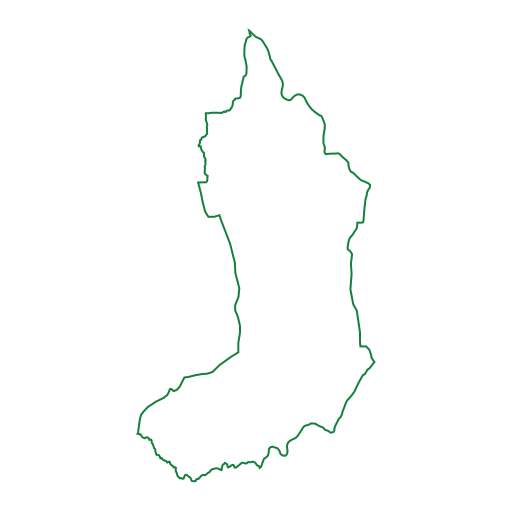 outline of Yaha, Yala, Thailand
{"feature_id": "78962969B93960715397909", "entity_name": "Yaha", "entity_type": "district", "adm_level": 2, "iso_a3": "THA", "parent_name": "Thailand", "parent_adm1": "Yala", "projection": "equal_earth", "projection_center": [101.075, 6.426], "detail": "fine", "context": "isolated", "style": "outline", "palette": "green", "viewbox_px": 512, "rotation_deg": 0, "n_neighbors": 0, "source": "geoboundaries", "source_scale": "gbopen_adm2", "svg_char_len": 6044}
<svg xmlns="http://www.w3.org/2000/svg" viewBox="0 0 512 512"><path d="M374.4,362.0L374.0,361.7L372.9,359.8L371.9,358.5L371.2,356.5L371.4,355.9L369.3,349.7L366.1,346.4L360.4,346.4L360.0,342.0L360.0,332.7L359.4,328.3L356.8,310.7L353.2,304.2L350.4,289.3L351.6,274.0L350.9,263.6L352.1,254.3L350.5,251.5L347.7,249.3L347.7,246.6L348.5,242.0L349.1,239.8L349.7,238.1L352.5,234.8L356.7,228.4L357.2,225.4L357.4,222.6L361.1,222.7L363.1,222.3L363.7,219.3L363.7,217.4L364.5,208.0L364.9,204.9L365.3,200.8L365.7,198.5L366.6,195.8L367.0,192.6L368.3,189.7L369.7,187.9L370.1,185.1L368.4,183.3L363.2,181.0L361.4,180.4L359.9,179.3L352.8,172.5L351.0,172.0L349.4,169.2L348.7,166.7L348.5,164.6L348.4,162.7L346.5,160.4L343.0,157.4L339.3,153.8L337.9,153.3L335.6,153.6L332.6,153.6L327.1,153.9L326.5,154.2L325.9,154.1L324.7,152.8L324.5,150.9L324.9,148.0L324.5,146.1L323.5,143.5L323.4,140.1L323.5,135.7L324.8,127.9L324.8,124.9L324.2,122.4L322.2,117.6L321.4,116.0L319.8,115.4L318.3,114.5L314.4,111.6L311.4,108.9L308.2,104.7L307.3,103.2L306.2,101.3L304.6,97.7L302.5,95.6L300.9,94.9L299.1,94.4L297.7,94.4L296.1,95.0L294.7,95.8L292.7,97.6L291.3,99.4L289.8,100.3L286.9,99.7L284.3,98.3L282.9,96.9L281.9,95.2L281.4,93.1L281.8,89.8L282.7,86.6L282.9,83.9L282.0,80.4L279.2,75.5L271.6,61.0L270.3,59.0L269.8,56.4L268.6,52.1L267.7,49.5L266.7,47.7L264.9,44.7L262.6,41.1L261.2,39.5L260.0,38.8L257.7,37.8L255.4,36.5L254.1,35.4L250.0,31.3L249.2,30.7L249.5,31.7L249.6,33.5L250.7,35.8L249.5,36.8L247.8,37.4L246.6,38.9L246.3,39.5L245.7,42.4L244.7,45.0L244.5,48.0L244.3,54.0L244.4,55.8L244.5,56.9L245.3,59.2L246.6,66.3L246.6,69.3L246.4,73.8L245.8,75.1L245.6,75.5L243.8,76.6L243.5,77.3L242.9,80.4L242.3,82.0L242.3,83.5L241.7,84.8L241.4,86.0L241.3,87.5L240.9,90.2L240.8,95.1L240.5,96.9L240.0,97.7L239.4,98.1L237.1,98.5L236.0,98.5L235.3,98.7L235.0,99.0L234.9,99.7L233.8,100.4L233.5,100.7L233.1,101.4L232.8,102.8L232.7,104.7L232.1,106.7L230.5,109.1L229.9,110.3L226.6,110.7L226.2,111.4L225.3,112.1L225.0,112.1L224.4,111.6L224.0,111.6L222.5,112.4L221.8,113.0L219.1,112.7L218.4,112.9L216.7,112.7L211.1,112.8L208.5,113.3L205.9,113.2L205.8,114.0L205.9,116.5L205.8,119.9L206.8,122.9L207.1,123.5L207.2,125.7L206.8,127.0L207.1,128.8L206.9,130.4L207.1,132.5L207.1,133.7L206.8,134.3L206.1,134.9L205.6,135.8L204.7,136.6L204.2,136.8L203.6,136.8L203.0,137.2L202.3,137.4L201.8,137.7L201.5,138.6L201.3,139.5L200.3,139.9L200.1,140.3L200.0,140.8L200.0,142.1L199.8,143.1L199.4,144.2L198.7,145.1L198.6,145.6L198.6,146.0L199.1,146.4L199.9,146.2L200.8,146.4L200.8,147.7L201.3,148.9L201.4,149.9L202.4,151.2L202.7,151.9L203.6,152.4L204.0,153.0L204.1,154.0L203.9,156.0L204.4,156.7L204.5,157.6L205.4,158.8L205.6,159.9L205.6,160.7L205.1,161.2L205.5,162.8L205.4,164.7L204.7,166.5L204.9,168.2L204.7,172.3L204.8,173.3L205.2,174.2L206.3,174.8L206.8,175.5L207.7,176.0L207.3,178.4L207.3,180.6L206.8,181.5L205.8,182.3L201.2,182.3L199.9,182.5L198.1,182.5L200.8,192.6L202.8,202.5L205.2,211.8L208.4,216.8L214.1,216.8L219.4,215.2L221.0,220.1L230.1,243.7L234.9,262.9L235.3,272.8L239.3,288.2L238.5,296.9L235.2,305.1L235.2,310.6L236.5,313.4L238.0,317.2L240.0,326.0L240.0,332.6L238.3,343.0L238.3,352.3L231.4,356.6L219.6,365.0L212.6,371.9L209.8,372.9L207.1,373.7L202.5,374.0L195.8,375.1L188.6,376.9L184.4,377.5L179.5,387.0L176.6,390.0L173.7,391.1L171.1,388.9L169.9,389.2L169.1,391.4L167.4,394.9L163.6,397.9L156.4,401.4L147.7,407.1L143.6,411.5L141.1,414.8L139.9,419.2L138.3,430.4L138.1,432.8L137.6,433.7L138.0,433.7L138.6,434.1L139.0,434.3L140.1,434.1L140.4,434.2L142.1,436.9L142.8,437.5L143.8,438.0L144.8,438.3L145.4,437.8L146.1,437.4L147.1,437.3L147.9,437.5L148.6,438.3L149.4,439.8L149.9,439.9L150.7,439.5L151.3,439.9L151.6,440.6L151.8,442.5L151.9,443.0L152.1,443.4L152.8,444.0L154.1,448.1L155.1,449.2L155.3,450.1L155.5,452.0L156.1,453.4L156.3,454.4L156.5,454.7L156.7,454.9L158.6,455.1L159.0,455.3L159.2,455.5L159.8,456.7L160.2,458.1L160.4,458.4L160.7,458.4L161.1,458.0L161.7,458.1L162.5,459.3L163.4,460.0L165.2,460.8L166.1,461.0L166.9,461.8L167.3,462.5L167.6,462.5L168.8,461.8L169.4,461.6L169.8,461.9L170.2,463.8L171.6,465.3L172.8,465.9L173.5,467.2L174.0,467.4L175.5,467.3L175.8,467.6L175.9,468.0L175.7,469.1L175.7,470.3L175.9,471.4L176.7,472.9L177.3,475.1L177.8,476.3L179.8,478.2L180.1,478.3L180.5,478.0L181.0,478.0L182.7,478.8L183.4,478.6L183.8,478.1L184.9,475.3L185.4,474.9L186.1,474.8L186.6,474.9L190.2,477.6L190.7,478.3L191.7,480.8L192.1,481.1L193.2,481.2L194.3,481.1L195.1,481.3L195.5,481.2L196.4,479.4L196.7,479.1L197.2,479.0L198.1,479.0L198.6,478.8L199.2,477.8L200.3,477.0L200.9,476.1L202.6,475.0L203.1,474.8L203.4,474.8L204.6,475.2L205.2,475.2L205.8,474.9L207.2,473.5L209.7,471.9L210.8,470.2L212.4,469.2L215.2,468.4L216.2,468.3L217.2,468.3L219.4,469.1L220.4,469.8L221.3,470.2L221.7,469.7L221.9,467.2L222.6,465.3L223.1,464.6L224.0,464.0L224.8,462.9L225.0,462.9L225.5,463.3L226.3,463.6L227.2,464.5L227.4,464.9L227.5,466.5L227.9,467.3L228.1,467.4L228.6,467.0L229.7,466.8L231.1,465.5L232.5,464.9L233.1,464.9L233.5,465.1L233.8,465.4L234.5,467.1L234.8,467.6L235.1,467.7L235.8,467.6L236.2,467.3L238.5,465.6L241.7,462.9L242.8,462.7L245.0,463.4L245.9,463.5L246.8,463.3L247.2,463.0L247.7,462.3L248.1,462.1L250.0,462.3L251.6,461.9L253.3,461.7L253.9,461.9L255.0,462.6L256.2,464.0L257.1,465.4L258.6,465.9L259.0,466.3L259.6,467.9L261.1,466.7L262.6,462.4L263.9,458.9L266.4,457.1L267.8,455.7L268.6,453.3L268.8,450.5L269.2,448.6L270.5,447.2L272.7,446.7L274.9,447.5L277.2,448.1L278.8,449.8L279.8,451.7L280.6,454.1L282.6,455.5L285.1,455.8L286.3,455.0L287.3,453.1L287.5,450.1L286.9,447.1L287.1,445.2L288.1,442.5L289.6,441.1L291.8,439.7L294.1,438.7L296.3,437.4L298.3,435.1L303.5,426.9L305.2,425.7L307.5,425.1L309.0,424.6L311.1,423.4L313.2,423.5L315.3,423.7L317.0,424.8L319.4,426.1L323.1,427.5L325.2,430.0L327.1,430.5L328.6,431.1L330.1,432.4L330.7,432.7L333.4,432.0L334.4,430.6L334.4,428.4L335.5,425.4L338.5,419.4L341.0,416.4L342.0,414.2L342.4,412.0L346.1,402.5L347.1,400.5L350.8,396.5L354.3,391.8L358.6,382.8L362.3,376.0L363.3,374.9L364.9,374.1L367.4,369.7L369.2,368.6L371.0,366.4L374.4,362.0Z" fill="none" stroke="#15803d" stroke-width="2"/></svg>